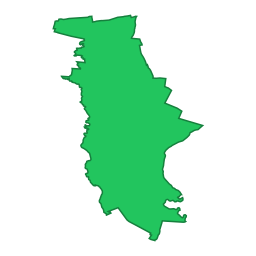 the district of Gohor, Galati, Romania
{"feature_id": "2599482B74924785680868", "entity_name": "Gohor", "entity_type": "district", "adm_level": 2, "iso_a3": "ROU", "parent_name": "Romania", "parent_adm1": "Galati", "projection": "natural_earth1", "projection_center": [27.4, 46.03], "detail": "fine", "context": "isolated", "style": "filled", "palette": "green", "viewbox_px": 256, "rotation_deg": 0, "n_neighbors": 0, "source": "geoboundaries", "source_scale": "gbopen_adm2", "svg_char_len": 5621}
<svg xmlns="http://www.w3.org/2000/svg" viewBox="0 0 256 256"><path d="M154.9,240.6L155.3,239.6L156.2,239.5L156.9,238.8L157.4,237.6L158.3,234.9L159.0,234.3L159.5,233.2L159.9,231.0L159.7,229.9L161.7,223.3L162.3,220.9L183.4,222.2L184.8,222.0L185.7,221.5L185.2,221.1L184.9,220.1L185.4,217.9L186.2,216.9L186.3,215.7L185.3,214.8L184.1,214.9L183.5,216.0L183.1,217.4L182.3,217.8L181.0,216.9L179.6,215.4L177.7,213.8L177.5,213.1L178.7,210.7L180.0,210.2L179.7,208.5L178.9,207.7L177.6,208.1L177.3,209.0L176.0,209.6L173.8,208.7L170.7,209.0L169.1,208.9L164.5,206.2L163.9,205.6L163.4,204.1L165.3,202.2L165.6,200.5L166.4,199.7L167.5,199.4L168.2,199.7L168.9,200.5L170.1,201.1L172.6,200.4L173.2,200.4L174.8,201.8L176.1,201.7L176.8,201.1L178.3,201.0L179.1,201.5L180.6,201.7L182.7,200.4L183.0,199.0L182.6,197.6L179.8,199.1L178.6,198.5L178.3,198.1L177.7,197.4L178.3,196.8L179.1,196.8L179.6,195.9L181.0,194.6L181.5,194.6L179.7,191.8L178.2,190.5L175.6,189.5L174.9,188.7L174.3,188.3L173.0,187.9L172.4,187.3L171.3,185.4L169.3,184.0L164.5,178.6L163.7,177.4L163.0,173.3L163.2,172.0L163.2,171.1L162.8,170.7L162.5,169.2L163.5,165.7L163.8,162.7L164.3,159.2L165.3,156.4L165.4,155.7L165.3,155.1L164.7,154.1L164.3,153.0L164.9,151.7L166.0,150.1L168.8,147.5L171.1,146.3L172.2,145.4L178.5,142.1L182.7,140.8L186.9,137.5L189.0,135.4L189.4,134.8L189.7,134.1L189.9,133.1L190.3,132.5L191.6,132.0L194.3,130.4L195.9,129.9L198.0,129.6L202.7,125.5L178.7,118.4L181.8,111.2L177.2,108.2L164.8,103.1L171.5,90.4L168.3,88.0L167.3,87.6L166.6,87.5L165.9,87.0L164.7,86.6L165.8,78.6L160.0,78.0L156.2,78.3L153.0,78.1L153.1,77.7L153.0,76.0L150.5,70.3L149.3,68.6L148.3,67.9L148.0,66.3L147.3,64.6L146.5,65.2L146.4,64.7L145.4,61.5L144.3,59.1L143.3,57.2L141.6,54.5L141.0,53.2L140.6,51.4L139.5,45.4L142.1,44.9L141.7,43.5L140.7,42.0L139.7,39.1L131.5,38.3L131.7,37.3L133.2,35.2L134.1,32.9L134.4,31.8L134.5,29.2L134.9,28.2L134.9,27.5L135.3,26.2L135.5,24.9L135.1,22.3L135.1,21.3L135.9,17.5L136.6,16.4L135.6,16.3L133.3,17.1L131.2,17.5L130.5,15.4L127.5,16.0L124.2,16.4L123.3,16.7L117.7,17.3L109.1,20.1L102.8,20.6L101.3,20.6L96.4,21.2L94.9,21.7L92.6,22.0L92.5,20.7L91.8,17.2L91.8,16.3L89.3,16.5L87.7,17.3L69.1,18.5L65.8,19.2L63.4,19.5L61.0,19.0L59.0,19.2L58.6,20.2L57.9,21.1L56.8,20.9L55.2,21.3L54.5,24.6L53.9,26.4L53.3,28.7L55.3,28.8L55.1,29.2L54.3,31.7L58.0,32.6L58.0,32.8L71.4,36.3L83.7,38.8L84.1,39.0L83.9,39.3L84.5,40.1L84.3,40.6L84.0,40.8L81.2,41.7L80.3,42.2L79.9,42.7L79.6,43.7L79.8,44.3L80.5,44.8L82.7,43.5L83.4,43.6L83.6,43.9L82.6,44.6L82.5,45.1L82.9,45.5L84.1,46.2L84.1,46.6L82.7,47.2L81.6,47.2L81.4,47.4L81.3,48.0L80.9,48.3L80.2,48.0L78.7,48.3L77.0,48.2L76.6,48.3L76.7,48.9L77.1,49.6L77.2,50.1L76.8,50.4L76.0,50.5L74.5,51.6L74.4,51.9L74.5,52.4L75.6,53.3L75.8,53.9L75.6,54.3L74.9,55.0L74.3,55.3L74.1,55.6L74.5,55.9L75.7,55.9L76.3,55.8L76.5,55.5L77.2,55.1L81.6,55.5L82.3,56.0L81.4,56.8L81.4,57.4L82.1,58.0L83.3,58.0L83.5,58.6L83.2,59.0L84.3,59.5L84.6,59.3L85.0,62.6L76.9,61.8L77.6,62.6L78.1,62.6L78.6,62.9L78.1,63.3L77.7,63.3L77.2,64.5L77.3,65.1L77.7,65.4L78.5,65.4L78.5,66.8L80.4,68.2L80.5,68.5L80.4,69.0L72.1,68.5L72.3,70.4L71.6,74.2L71.4,74.8L69.6,76.2L69.3,76.8L61.5,76.3L61.6,76.7L62.3,77.0L63.0,78.3L63.5,78.6L64.3,78.7L64.8,78.4L65.2,78.9L65.6,79.1L67.4,78.8L67.5,78.9L67.6,79.4L67.9,79.5L68.2,79.4L68.9,78.6L69.1,78.6L69.3,78.9L69.1,80.1L69.7,81.0L70.3,81.1L71.6,81.0L72.0,81.3L71.8,81.8L72.0,82.1L72.4,82.3L75.2,82.9L76.0,83.6L77.2,84.2L78.0,84.0L79.1,84.4L79.5,87.1L79.9,87.4L80.9,87.3L81.7,87.8L81.9,88.2L81.9,88.6L81.2,89.2L81.9,91.5L81.8,92.1L81.4,92.8L81.3,94.7L81.4,95.2L82.5,96.4L81.6,97.9L81.5,98.6L81.9,99.9L81.5,100.8L81.5,101.6L81.2,101.9L80.3,101.8L80.2,102.2L80.6,102.5L82.0,103.2L82.4,104.3L83.4,104.8L83.3,105.5L83.6,106.0L85.0,106.4L85.6,106.7L85.6,107.0L84.4,108.3L84.4,108.7L84.6,109.3L85.4,109.9L85.7,110.3L87.5,113.6L88.7,114.9L89.6,116.4L89.6,117.3L89.4,117.8L89.1,118.0L88.5,118.0L88.0,118.5L88.1,118.9L88.5,119.2L88.7,120.0L88.2,120.3L87.7,120.3L86.2,120.8L86.0,121.1L85.9,122.3L86.7,122.8L87.9,122.8L88.9,123.3L89.8,124.1L89.8,124.7L89.6,125.2L89.2,125.8L88.2,125.7L86.8,125.9L86.5,125.8L85.5,124.9L85.2,124.9L85.0,125.2L85.2,125.8L85.3,126.0L86.1,126.3L86.2,126.6L85.7,127.3L85.4,127.3L84.7,127.0L84.4,127.0L84.7,127.8L85.5,128.2L87.7,128.2L88.7,129.0L88.7,129.4L88.5,129.6L87.9,129.5L87.1,129.6L86.9,129.8L87.0,130.4L86.8,131.6L87.2,132.7L87.1,133.1L86.7,133.2L84.7,133.2L84.1,133.5L84.0,134.0L84.1,134.5L84.7,135.3L85.7,135.9L85.8,136.0L85.6,136.7L84.4,137.3L84.1,137.8L83.3,139.6L83.1,140.6L83.1,141.9L82.8,142.9L81.2,144.7L80.9,145.3L81.0,146.0L81.3,146.8L81.9,147.5L84.1,148.6L85.1,149.3L86.8,150.5L88.4,152.3L89.6,153.3L90.9,158.6L91.0,159.2L90.8,159.8L90.0,160.6L88.5,160.7L86.9,161.3L86.7,161.7L86.7,162.3L85.4,164.2L85.3,164.8L85.5,166.1L85.2,167.3L85.2,167.9L85.6,168.5L86.6,168.8L87.1,169.2L87.4,169.8L88.0,171.9L87.9,172.5L87.6,173.2L86.2,173.5L85.6,174.0L85.7,174.6L86.4,175.4L86.5,176.3L86.8,176.7L87.2,176.9L88.1,176.7L88.5,176.8L88.7,177.5L88.5,178.1L88.7,179.4L89.0,179.7L89.8,180.1L90.1,180.6L90.5,182.2L93.1,185.1L93.7,185.6L94.6,185.8L95.0,185.8L94.8,185.2L95.5,185.0L96.1,185.4L98.5,185.8L99.2,186.8L100.1,187.3L100.4,188.1L101.2,188.9L101.7,189.9L102.3,190.7L102.4,193.2L102.2,193.8L101.6,194.6L100.4,197.9L100.0,199.3L99.4,200.3L99.4,201.9L99.8,202.6L100.5,203.1L101.1,204.1L101.8,207.1L102.8,208.5L103.4,209.5L103.8,211.3L103.9,212.3L106.6,214.0L106.7,214.8L105.8,215.4L110.9,213.1L110.2,212.0L109.6,212.3L108.1,211.5L118.1,207.7L127.0,219.9L129.0,221.5L150.7,233.1L150.1,234.0L150.1,234.6L151.5,235.1L149.2,238.5L150.7,239.4L153.2,240.1L153.8,240.2L154.9,240.6Z" fill="#22c55e" stroke="#15803d" stroke-width="1.5"/></svg>